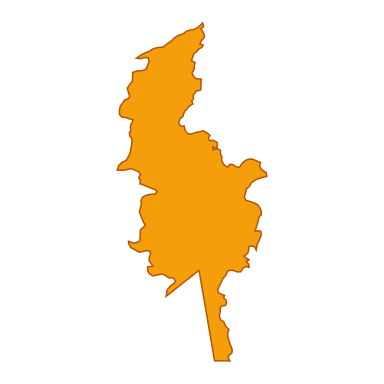 outline of Presidente Juscelino, Maranhão, Brazil
{"feature_id": "56859067B299836344179", "entity_name": "Presidente Juscelino", "entity_type": "district", "adm_level": 2, "iso_a3": "BRA", "parent_name": "Brazil", "parent_adm1": "Maranhão", "projection": "orthographic", "projection_center": [-44.075, -3.099], "detail": "fine", "context": "isolated", "style": "filled", "palette": "amber", "viewbox_px": 384, "rotation_deg": 0, "n_neighbors": 0, "source": "geoboundaries", "source_scale": "gbopen_adm2", "svg_char_len": 3465}
<svg xmlns="http://www.w3.org/2000/svg" viewBox="0 0 384 384"><path d="M136.4,58.1L140.6,58.8L143.4,57.6L148.3,57.8L149.1,61.5L147.9,64.5L146.1,69.1L142.0,70.7L137.1,70.9L132.7,72.4L132.6,76.5L132.4,81.0L129.8,84.4L127.2,88.1L128.5,92.7L129.8,96.6L127.8,98.9L124.5,100.1L122.8,102.9L120.2,106.3L119.4,110.7L119.5,114.7L122.0,117.2L126.0,117.6L128.8,118.7L132.9,119.6L132.3,122.5L130.8,124.5L130.4,127.9L131.0,130.4L129.4,132.5L129.7,135.8L132.0,138.7L131.8,143.4L130.4,151.4L129.4,154.7L127.8,157.6L125.9,160.6L121.9,162.3L118.6,165.9L117.3,170.2L122.2,170.2L125.3,170.0L130.1,168.7L132.9,169.3L136.3,170.7L138.6,171.7L140.5,174.5L138.7,177.9L140.3,179.8L140.0,183.9L142.5,184.4L144.8,185.6L147.2,186.4L151.6,188.5L155.1,189.6L157.1,191.6L155.2,194.0L149.3,194.5L144.9,195.8L142.1,197.6L141.0,200.9L141.4,203.8L140.3,208.2L139.4,211.9L141.5,217.2L143.1,221.3L145.3,225.3L142.7,227.7L140.3,230.1L140.2,233.3L140.2,237.6L139.5,241.2L134.7,243.2L131.4,242.3L128.5,241.3L128.7,243.8L131.1,247.8L135.1,249.9L139.2,252.2L143.5,251.4L146.7,250.6L150.0,251.2L150.5,254.3L149.2,257.7L149.2,261.1L151.3,263.7L153.0,266.2L147.7,266.8L147.7,270.9L149.4,273.8L152.6,275.9L156.1,275.3L159.6,274.4L162.5,274.0L165.6,275.6L168.7,277.8L173.3,278.0L175.5,280.8L174.0,283.4L171.0,285.4L168.4,288.2L166.8,290.9L166.2,296.3L198.8,270.5L199.6,273.6L210.1,334.8L214.6,360.9L226.1,360.8L229.9,361.0L228.7,358.8L228.1,356.2L231.9,353.0L232.3,349.8L230.3,344.7L229.1,341.2L227.9,337.0L227.7,333.1L228.9,329.6L225.7,326.3L223.7,321.7L220.7,319.9L219.3,316.0L220.3,311.2L220.3,307.6L222.4,305.7L225.3,305.5L226.6,303.2L225.9,299.9L223.5,298.0L224.6,295.3L221.0,294.1L218.6,292.6L217.6,290.2L218.8,287.1L221.3,282.1L222.8,278.8L225.7,275.6L227.6,271.1L230.4,270.1L234.5,270.7L236.8,271.9L240.8,271.8L243.0,268.2L245.9,266.5L249.2,267.3L248.5,263.9L246.3,261.3L249.1,259.9L246.3,258.0L244.0,256.2L246.0,254.7L247.9,252.9L248.8,249.7L248.8,246.6L251.5,246.0L254.5,246.8L256.2,250.0L257.1,245.2L257.9,242.8L259.3,240.1L260.6,236.6L261.3,234.1L260.7,231.2L257.6,230.7L255.1,231.1L257.9,222.1L259.1,216.8L261.2,215.1L261.2,211.1L259.8,207.7L257.6,204.7L254.8,203.2L250.3,201.6L246.2,200.4L244.1,197.4L245.4,193.7L246.4,188.9L249.2,186.7L251.4,182.7L255.1,180.2L258.4,178.7L263.1,177.2L266.7,176.5L266.2,172.5L263.3,170.7L260.9,168.9L259.6,165.7L260.6,162.4L258.1,161.6L255.8,160.5L252.3,159.1L249.4,159.1L245.9,160.2L242.2,163.1L239.9,166.7L237.1,167.3L233.0,164.7L229.8,164.3L227.8,167.2L225.6,166.0L223.5,164.2L221.5,160.2L222.0,156.8L220.6,154.4L220.4,150.3L216.8,148.5L217.3,145.3L217.5,142.7L213.3,140.2L209.6,140.7L208.4,138.1L210.0,135.3L207.0,132.9L203.1,130.7L199.8,131.9L196.5,132.2L192.8,133.6L188.5,134.2L185.6,131.2L184.1,125.9L180.8,126.3L178.6,122.8L180.0,118.7L182.9,116.6L183.7,113.7L184.8,111.0L186.9,109.3L188.3,106.8L190.8,105.2L192.9,103.9L191.7,101.0L193.5,98.8L193.2,95.3L196.4,91.0L200.6,90.0L201.0,85.9L201.0,82.6L201.3,79.1L196.1,78.8L193.2,75.8L192.1,72.9L194.2,69.2L194.3,66.0L195.1,62.5L191.4,60.8L192.7,57.2L194.0,53.4L196.1,52.1L198.8,49.1L201.9,47.4L203.2,45.1L199.9,44.0L201.6,40.4L204.5,37.1L203.7,33.1L200.9,28.7L203.7,26.6L202.5,23.0L199.1,26.5L196.5,28.0L194.2,29.5L191.7,29.6L186.6,31.2L184.1,33.1L181.4,34.5L178.3,35.3L174.2,38.0L172.1,40.3L169.7,42.2L167.5,43.6L162.7,47.3L159.6,47.3L155.8,48.0L152.5,49.1L149.5,51.3L146.1,52.4L140.5,55.3L136.4,58.1ZM216.8,148.5L213.3,150.0L212.7,146.8L216.8,148.5Z" fill="#f59e0b" stroke="#b45309" stroke-width="1.5"/></svg>